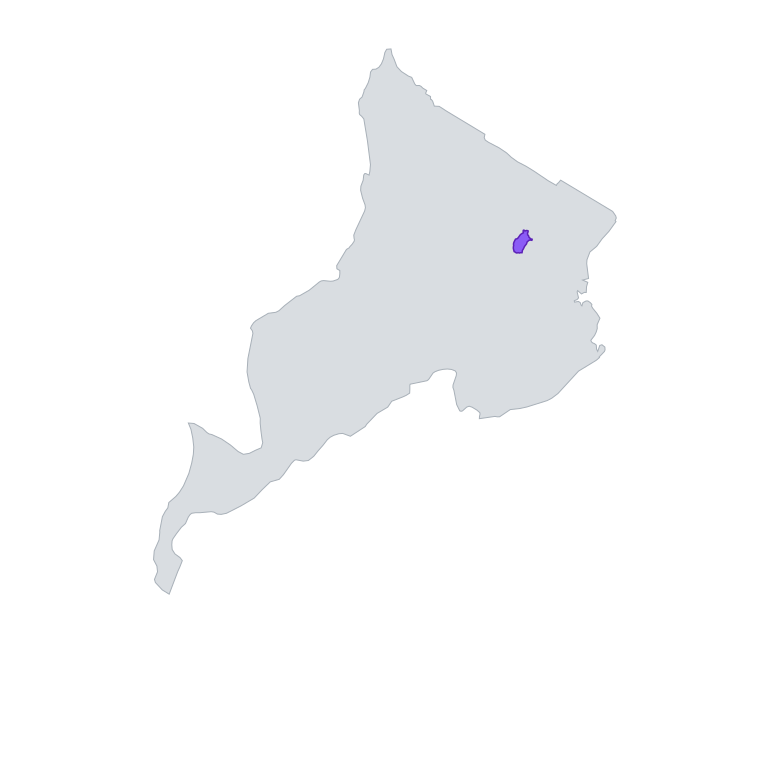 Mefou-et-Akono, Centre, Cameroon (highlighted), rotated 211°
{"feature_id": "32672807B65731125326388", "entity_name": "Mefou-et-Akono", "entity_type": "district", "adm_level": 2, "iso_a3": "CMR", "parent_name": "Cameroon", "parent_adm1": "Centre", "projection": "robinson", "projection_center": [11.352, 3.593], "detail": "fine", "context": "in_parent", "style": "filled", "palette": "violet", "viewbox_px": 768, "rotation_deg": 211, "n_neighbors": 0, "source": "geoboundaries", "source_scale": "gbopen_adm2", "svg_char_len": 4453}
<svg xmlns="http://www.w3.org/2000/svg" viewBox="0 0 768 768"><g transform="rotate(211 384 384)"><path d="M212.9,517.7L214.2,513.8L223.9,495.2L230.0,465.4L232.8,458.4L235.6,453.8L249.7,437.9L255.0,432.9L262.6,427.1L268.0,415.5L269.8,414.3L272.3,413.3L284.4,403.4L285.4,405.3L286.2,407.7L287.1,408.8L291.1,409.5L296.5,409.5L299.6,408.8L301.2,406.8L302.9,401.3L303.9,400.3L305.2,400.0L311.1,403.8L320.8,414.6L323.2,416.6L324.3,418.7L326.4,428.5L327.6,430.9L329.7,431.9L333.5,431.3L337.4,429.5L340.9,427.0L344.3,423.8L346.6,420.8L347.6,418.7L348.1,410.7L348.9,408.9L361.5,397.3L361.2,396.2L359.2,392.9L357.3,389.4L359.2,385.6L361.1,382.8L368.5,373.2L368.9,366.1L374.8,355.2L378.1,340.6L378.2,337.8L385.9,321.9L393.9,320.4L397.0,318.2L400.6,314.2L402.8,310.5L403.9,307.0L404.7,300.3L406.1,292.5L407.0,285.8L409.4,279.5L413.5,276.3L420.5,273.7L421.5,272.5L422.5,268.3L423.5,254.5L424.7,248.4L431.1,241.5L434.0,230.7L436.5,219.4L443.9,205.7L452.4,192.1L456.4,188.4L459.8,186.7L463.7,186.6L466.3,185.6L475.6,178.8L479.4,176.5L482.3,174.1L483.0,172.1L483.2,169.1L482.3,162.1L483.9,156.9L484.8,148.9L485.2,142.7L484.9,140.5L483.1,136.9L480.3,133.0L475.7,130.7L469.3,130.1L465.9,128.7L464.7,121.5L464.2,117.0L459.9,93.2L468.0,93.3L477.7,96.1L480.1,98.3L481.4,106.4L484.9,111.0L491.1,114.8L495.0,122.6L496.5,134.5L499.9,141.6L500.7,142.7L505.6,156.1L505.9,162.3L505.5,166.5L507.4,171.6L504.5,180.4L503.6,185.9L503.4,193.4L505.2,206.8L508.1,217.2L511.2,225.5L514.6,232.0L520.1,239.2L526.1,245.7L531.6,249.8L526.5,252.3L516.6,252.6L510.9,251.2L508.2,251.1L505.5,252.0L494.9,253.2L484.2,252.6L474.3,251.0L468.3,251.3L463.7,255.2L459.9,261.2L456.4,266.0L457.7,271.2L460.3,274.1L465.4,280.5L470.0,286.7L472.4,290.9L481.5,300.0L490.4,308.1L494.6,310.9L496.1,311.5L501.0,316.2L507.6,323.8L513.8,335.8L522.4,359.8L524.2,361.8L527.2,363.1L527.5,365.6L527.3,369.4L526.4,372.4L519.6,385.0L513.6,389.8L511.8,392.7L509.6,400.0L504.1,414.2L501.8,416.2L496.4,425.9L492.0,438.1L490.9,440.0L489.1,441.5L482.8,444.5L480.7,446.0L477.5,449.8L477.1,452.3L478.6,455.7L480.3,458.5L483.7,458.5L485.5,461.1L485.5,480.0L484.0,482.8L484.0,484.1L483.3,487.3L483.1,491.0L483.6,492.4L484.8,493.6L486.6,496.1L487.6,501.9L489.7,522.3L490.7,525.5L492.5,527.8L498.0,532.2L503.8,538.0L505.7,541.7L506.8,547.9L509.0,552.7L508.9,554.4L508.0,555.0L504.4,555.4L505.6,558.9L508.6,565.1L523.5,584.0L537.8,600.8L541.1,602.0L543.6,602.4L544.7,603.4L546.0,605.8L550.8,611.9L551.6,615.5L550.6,618.8L551.7,624.1L552.5,626.0L552.2,627.7L552.7,634.1L554.1,639.7L556.2,644.5L555.9,647.8L553.1,649.7L551.5,652.8L551.1,657.1L551.9,662.4L554.0,668.7L554.1,672.3L550.6,674.8L546.8,670.5L542.6,667.6L536.3,662.6L530.0,660.8L521.7,660.5L518.2,661.1L512.1,657.0L510.1,656.4L507.4,658.1L505.5,658.2L503.2,657.6L498.5,657.6L498.1,654.7L497.3,654.2L492.2,654.4L490.7,652.0L490.0,652.3L488.0,651.5L484.0,648.1L479.7,650.4L470.8,650.1L426.1,650.0L425.0,646.8L422.8,645.2L418.8,645.0L406.9,645.7L397.8,645.2L391.7,643.9L384.1,643.2L374.7,643.8L365.1,643.7L348.0,642.8L338.5,643.0L338.7,644.9L338.1,646.3L337.6,649.7L276.9,649.7L271.9,647.4L270.4,645.9L270.0,643.1L268.8,642.7L269.8,630.8L271.8,620.8L272.6,611.5L275.5,603.2L274.0,595.0L272.2,591.5L263.0,579.8L267.3,575.4L261.7,576.1L260.5,571.7L257.8,566.6L259.5,565.7L261.1,562.9L266.1,563.8L265.9,562.4L261.6,558.0L262.0,555.8L263.8,553.4L262.9,552.3L259.8,554.9L257.6,554.8L255.8,553.2L254.6,552.9L255.4,556.2L253.6,559.2L252.0,560.2L249.1,560.0L246.8,559.3L246.2,557.6L244.0,556.4L237.9,554.2L232.8,551.6L231.8,544.5L229.8,541.4L228.9,538.0L228.5,534.1L229.2,528.0L227.9,527.0L226.4,526.7L224.2,527.0L222.1,526.7L219.7,523.3L217.6,522.0L218.9,528.2L217.4,529.9L213.7,529.4L212.1,527.1L211.8,525.4L213.5,517.9L212.9,517.7Z" fill="#d9dde1" stroke="#a8b0b8" stroke-width="1"/><path d="M333.3,567.6L333.6,568.4L334.2,569.9L334.1,571.5L334.4,574.2L334.0,577.5L334.5,579.5L333.7,581.9L332.6,582.8L331.6,583.2L331.3,583.3L331.3,583.9L331.6,584.4L332.1,584.3L333.2,583.8L334.1,584.3L335.2,584.4L336.7,585.7L337.7,585.8L338.8,587.5L338.8,588.6L339.4,589.5L340.6,589.2L341.5,588.4L342.0,587.7L343.3,588.0L343.7,587.6L343.6,586.9L343.0,586.0L342.4,585.4L343.3,583.9L344.0,582.3L344.3,578.8L344.3,578.4L344.7,577.1L345.9,575.9L345.7,573.1L345.5,571.8L345.1,570.6L344.3,569.7L343.7,568.1L343.1,567.0L341.9,565.7L341.0,565.0L340.7,564.5L339.8,564.6L338.1,564.5L337.3,565.0L336.6,565.7L335.4,566.0L334.8,566.7L333.3,567.6Z" fill="#8b5cf6" stroke="#5b21b6" stroke-width="1.5"/></g></svg>